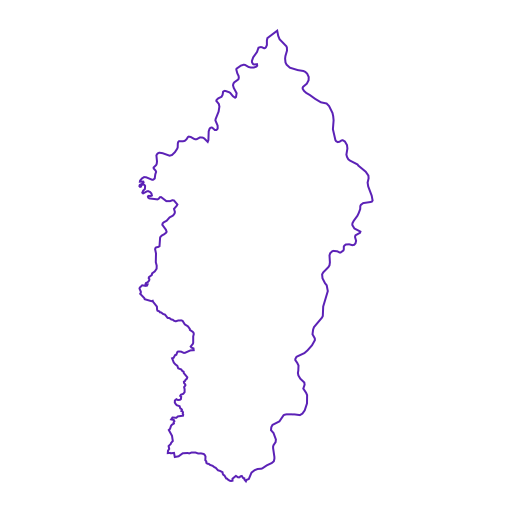 outline of Buritizeiro, Minas Gerais, Brazil
{"feature_id": "56859067B33679027231632", "entity_name": "Buritizeiro", "entity_type": "district", "adm_level": 2, "iso_a3": "BRA", "parent_name": "Brazil", "parent_adm1": "Minas Gerais", "projection": "albers", "projection_center": [-45.225, -17.281], "detail": "fine", "context": "isolated", "style": "outline", "palette": "violet", "viewbox_px": 512, "rotation_deg": 0, "n_neighbors": 0, "source": "geoboundaries", "source_scale": "gbopen_adm2", "svg_char_len": 6054}
<svg xmlns="http://www.w3.org/2000/svg" viewBox="0 0 512 512"><path d="M139.9,181.7L143.3,181.6L143.6,182.5L142.7,183.5L139.8,184.9L139.4,186.1L140.1,186.9L141.0,186.6L141.4,185.3L142.3,184.7L143.3,184.5L144.4,184.9L145.1,185.9L144.9,189.0L143.2,190.6L142.3,192.7L143.1,193.4L146.8,191.4L148.1,191.1L150.2,192.1L151.4,193.5L151.9,195.5L150.8,196.0L148.4,195.9L147.9,196.6L148.2,197.6L149.3,198.4L157.5,199.4L158.6,198.8L160.1,197.1L161.1,197.1L166.3,201.1L170.2,201.1L172.4,200.2L174.0,200.5L177.4,204.5L176.7,205.8L174.0,208.9L174.9,212.0L174.6,213.4L173.8,214.6L172.8,215.7L169.6,217.4L166.7,220.7L163.6,222.4L162.7,223.3L162.3,224.8L165.9,229.7L166.6,231.8L166.2,232.6L164.1,234.3L162.0,235.4L160.5,236.8L160.1,237.7L159.5,246.2L158.4,246.9L156.1,247.4L155.4,248.1L155.1,249.2L156.0,253.5L155.8,262.2L156.7,265.7L156.6,268.7L154.8,271.4L152.1,273.4L151.8,275.0L148.9,277.2L148.7,278.2L149.4,279.2L149.1,280.6L147.6,282.3L146.0,283.0L145.5,284.1L146.3,284.9L147.4,284.7L147.0,285.6L145.7,285.9L142.2,285.3L139.8,287.6L139.5,288.6L140.8,291.6L140.8,292.9L140.2,293.8L144.3,298.1L144.7,299.2L150.5,300.9L151.8,301.2L152.7,300.8L153.0,301.7L156.9,306.6L157.1,309.7L157.5,310.7L159.4,311.4L159.9,312.3L161.2,312.5L163.1,314.0L165.0,314.6L167.6,317.9L169.5,318.1L171.3,319.5L172.7,319.7L174.1,320.8L175.8,321.3L178.2,320.5L181.4,320.4L182.6,320.9L184.8,324.4L187.9,326.3L189.8,328.9L189.9,329.9L192.7,331.8L193.5,332.7L193.8,334.0L193.2,336.4L193.2,342.8L192.9,343.8L190.7,346.5L191.5,347.6L193.5,348.4L193.7,350.2L190.4,350.4L184.8,352.9L183.8,352.9L181.0,351.6L178.1,351.5L177.3,352.1L176.3,354.8L175.2,355.0L173.5,357.9L172.1,358.3L173.8,362.6L175.4,364.4L177.3,365.8L178.2,368.3L181.3,369.5L182.2,370.9L183.6,371.7L183.8,373.1L187.3,377.3L186.9,378.7L185.6,379.7L185.1,380.9L183.9,381.7L184.0,382.9L185.3,384.5L185.4,385.4L184.1,387.1L184.6,389.2L184.6,392.1L183.3,393.8L180.9,394.7L180.2,395.9L181.2,396.8L180.9,399.1L180.2,399.7L178.8,400.0L177.5,399.9L176.4,399.2L174.9,400.5L174.8,402.6L175.6,403.9L176.7,405.2L179.6,406.2L180.3,408.4L181.3,408.9L181.9,409.7L181.4,411.0L182.5,411.4L183.0,412.3L182.7,413.5L183.2,414.5L183.0,415.7L177.9,416.4L176.3,417.8L172.5,417.5L171.2,419.4L173.8,420.0L174.4,421.2L173.6,422.3L173.9,423.5L171.8,424.8L171.0,425.9L170.0,428.9L168.8,430.0L172.0,435.8L172.8,441.0L171.1,442.9L170.8,443.9L168.6,446.1L169.2,448.9L168.0,450.7L167.8,453.1L170.0,452.9L170.8,453.3L174.0,452.9L174.8,457.0L178.6,456.3L182.7,453.3L184.1,453.2L187.5,453.0L189.3,453.4L191.6,452.5L195.4,452.5L198.2,453.5L201.1,453.4L203.8,454.0L204.9,455.2L205.5,456.5L205.3,460.2L206.3,461.4L206.3,462.8L207.4,463.7L208.8,463.9L210.0,464.9L212.6,465.8L214.5,467.3L215.6,467.7L218.0,470.3L220.0,470.9L222.5,472.2L222.8,473.9L223.5,475.0L224.4,475.4L226.2,478.5L227.2,478.7L227.8,479.5L229.7,480.7L231.0,481.0L232.5,480.7L232.5,478.7L235.9,475.9L238.0,477.3L239.5,477.3L240.5,476.3L241.8,476.0L243.0,477.9L244.3,478.3L244.4,479.5L245.9,481.3L246.5,479.9L248.8,479.0L251.5,472.6L254.6,470.2L257.6,469.0L261.4,468.7L262.4,468.3L266.9,465.3L271.8,463.0L273.8,461.3L274.4,458.8L274.4,457.0L273.1,448.1L273.1,446.5L273.5,445.2L275.6,442.1L275.9,439.5L273.5,433.0L271.0,430.2L271.3,427.2L272.5,424.9L279.4,421.4L283.6,415.2L284.4,414.8L286.6,414.3L294.5,414.4L299.9,415.1L302.4,413.6L304.7,410.4L307.0,403.4L307.1,395.1L306.1,392.8L303.3,388.6L304.6,384.7L304.3,382.5L300.3,378.7L298.4,375.5L297.9,373.0L298.3,370.5L298.5,365.5L297.2,362.8L295.3,360.1L295.3,359.1L296.3,357.1L297.1,356.5L304.4,353.1L307.5,350.4L312.0,345.3L314.9,340.1L314.8,338.4L312.5,334.3L313.1,329.6L314.0,327.1L322.0,317.6L322.8,316.0L323.2,306.5L327.8,291.1L326.7,285.3L325.0,283.2L322.5,278.3L322.1,274.4L323.2,272.4L328.4,267.1L329.5,265.3L329.9,262.4L329.5,255.4L330.2,253.2L332.2,251.3L333.3,250.9L337.3,251.3L339.6,252.5L340.6,252.5L343.4,250.5L343.8,249.3L343.8,246.6L344.3,245.7L345.8,244.5L349.2,244.3L352.4,245.2L354.2,244.8L355.5,243.3L356.1,240.8L355.1,237.4L355.1,236.4L355.5,235.3L360.0,232.8L360.4,231.6L354.4,228.5L352.4,225.2L352.3,224.2L352.5,223.1L353.8,220.7L357.4,215.8L358.7,213.1L360.2,209.1L360.3,206.1L360.9,204.8L363.2,203.1L370.6,202.0L371.9,201.6L372.6,200.5L371.7,195.7L368.2,186.4L367.6,182.6L368.6,178.3L368.4,175.6L365.7,171.7L358.2,165.5L357.6,164.5L350.0,160.6L348.3,159.3L347.0,156.9L346.4,154.6L347.4,148.5L347.0,145.1L344.9,141.5L342.7,140.2L341.4,140.5L339.6,141.7L337.7,142.1L336.1,141.2L335.4,140.1L332.9,129.2L333.6,120.4L333.2,116.3L332.5,113.0L329.1,106.1L326.6,103.5L320.9,102.3L315.2,98.9L309.8,95.0L306.2,92.9L304.0,90.9L302.7,88.8L302.6,87.9L303.1,86.8L306.8,83.7L308.6,80.2L308.7,77.0L307.2,73.7L305.3,71.9L303.4,71.0L297.8,70.1L289.9,67.7L286.6,64.7L285.5,62.5L285.1,58.6L285.4,56.1L287.0,50.6L286.9,47.6L286.4,46.3L279.6,39.3L278.2,35.8L277.2,30.7L267.4,38.1L266.9,40.4L266.9,45.0L266.0,47.1L265.3,47.9L264.2,48.3L261.8,47.2L260.4,47.1L258.5,47.7L257.0,52.0L253.2,57.3L251.9,61.0L252.0,62.3L253.0,64.0L254.0,64.5L257.0,64.2L257.2,65.7L256.4,66.6L253.9,67.5L250.7,67.5L248.6,67.0L245.2,65.0L243.8,64.7L240.9,65.6L236.5,68.7L236.3,69.6L237.3,73.3L238.6,76.0L238.8,77.7L238.5,79.1L237.8,79.8L234.3,82.3L233.5,83.4L233.0,85.2L233.7,87.8L236.6,93.2L236.0,97.0L235.1,97.7L232.9,96.2L230.3,93.0L229.3,92.3L225.6,91.0L224.4,90.9L223.1,91.7L222.6,94.8L221.5,96.8L218.3,98.3L216.6,99.9L216.3,100.9L218.8,103.9L219.4,106.6L218.6,111.6L215.6,119.1L215.4,120.4L217.6,125.6L217.7,128.2L217.3,129.2L216.3,130.0L214.8,130.0L212.3,127.7L211.4,127.5L210.3,127.9L209.5,128.9L208.7,131.3L208.4,140.1L207.7,141.9L204.2,138.4L202.7,137.6L200.0,137.4L196.7,139.2L195.4,139.3L194.1,138.9L190.8,137.0L188.7,136.6L187.9,137.1L186.5,139.3L184.7,140.9L182.8,141.3L179.0,141.2L178.1,142.2L177.8,143.7L177.7,147.4L177.2,148.7L174.9,152.2L172.0,155.0L169.6,155.7L162.6,153.2L159.4,152.7L158.2,153.1L157.1,154.1L156.4,155.4L157.0,161.5L156.7,163.8L156.2,165.0L153.6,167.5L153.7,168.5L155.6,170.6L156.1,171.9L155.3,174.3L154.7,178.5L153.2,179.7L152.2,179.8L146.2,177.3L144.1,177.1L142.0,178.4L140.1,180.6L139.9,181.7Z" fill="none" stroke="#5b21b6" stroke-width="2"/></svg>